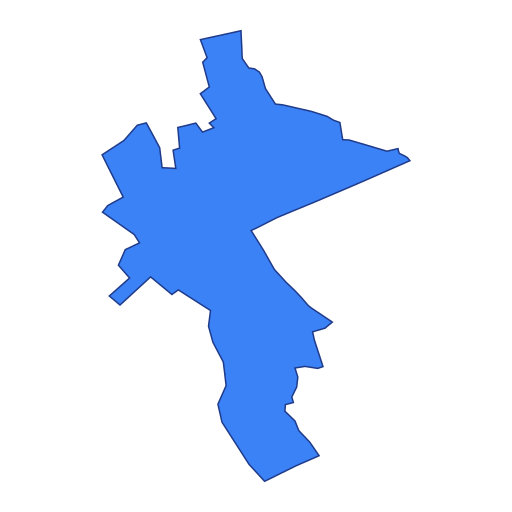 Al-Ahram, Al Jizah, Egypt (Albers equal-area conic projection)
{"feature_id": "37247803B9687639154335", "entity_name": "Al-Ahram", "entity_type": "district", "adm_level": 2, "iso_a3": "EGY", "parent_name": "Egypt", "parent_adm1": "Al Jizah", "projection": "albers", "projection_center": [31.147, 29.99], "detail": "fine", "context": "isolated", "style": "filled", "palette": "blue", "viewbox_px": 512, "rotation_deg": 0, "n_neighbors": 0, "source": "geoboundaries", "source_scale": "gbopen_adm2", "svg_char_len": 1659}
<svg xmlns="http://www.w3.org/2000/svg" viewBox="0 0 512 512"><path d="M398.0,148.6L387.0,151.2L349.1,140.0L342.7,139.7L339.9,122.5L333.5,120.2L327.2,116.4L311.4,111.4L293.9,107.4L282.5,104.8L278.7,104.4L275.4,104.1L265.4,88.5L262.9,79.6L262.1,76.8L259.4,72.1L257.1,70.6L254.5,68.8L248.8,68.0L242.3,58.6L242.0,54.5L242.0,52.5L241.9,50.5L241.8,47.8L241.1,33.8L241.0,30.7L240.2,30.9L216.5,36.1L200.4,39.6L207.1,57.7L202.7,62.2L209.3,87.0L200.3,93.7L216.1,118.7L209.3,123.1L213.8,127.7L202.5,132.1L195.8,123.1L184.9,125.8L177.8,127.5L179.6,148.1L173.1,150.2L175.8,168.4L168.2,168.0L162.1,167.7L159.7,147.8L155.1,139.1L149.8,129.3L146.3,122.9L137.3,125.2L123.9,140.5L121.0,142.4L102.1,154.8L106.0,162.7L116.2,183.1L123.2,197.1L121.7,197.9L113.8,202.2L107.7,205.6L102.5,212.2L134.3,234.6L139.5,242.9L125.3,249.6L118.4,265.2L129.6,278.0L109.3,296.0L120.0,305.0L150.6,276.9L171.9,294.5L178.3,289.9L210.5,310.5L208.5,326.2L212.9,342.2L217.8,351.6L223.3,362.0L224.6,372.6L226.1,385.7L221.4,396.3L217.9,404.2L222.0,422.2L249.0,464.3L264.6,481.3L279.6,473.9L295.8,465.9L319.1,455.7L309.7,442.1L298.8,430.6L295.0,421.0L284.9,411.2L285.4,404.6L293.4,402.5L291.8,397.0L296.7,387.0L297.8,377.1L295.0,368.0L305.0,366.4L317.7,368.4L323.0,366.6L314.3,339.8L312.6,331.8L325.2,328.1L327.0,326.5L330.9,323.3L332.3,322.1L311.5,308.1L308.3,305.6L301.6,297.8L294.8,290.6L286.1,282.3L278.8,274.3L275.1,270.3L274.1,269.0L270.2,262.1L264.9,252.7L263.8,250.7L251.1,230.5L255.5,228.5L275.6,218.3L277.7,217.3L294.3,210.4L315.4,201.7L359.8,182.7L409.9,160.7L407.3,157.6L405.3,156.3L402.9,155.1L399.3,153.4L398.6,151.4L398.0,148.6Z" fill="#3b82f6" stroke="#1e3a8a" stroke-width="1.5"/></svg>